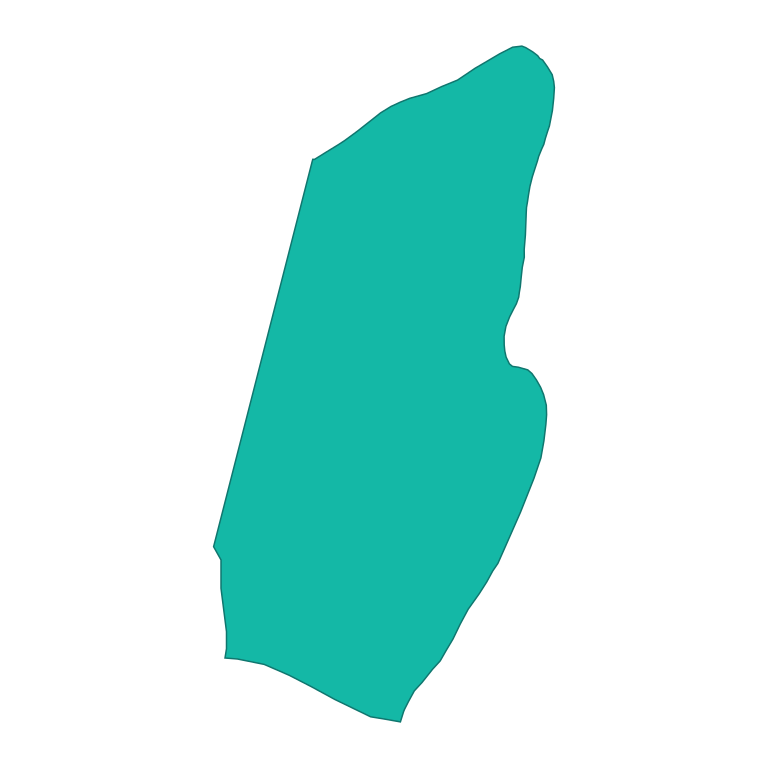 Joyeux, Vieux Fort, Saint Lucia (Mercator projection)
{"feature_id": "8701671B17958091241974", "entity_name": "Joyeux", "entity_type": "district", "adm_level": 2, "iso_a3": "LCA", "parent_name": "Saint Lucia", "parent_adm1": "Vieux Fort", "projection": "mercator", "projection_center": [-60.96, 13.783], "detail": "fine", "context": "isolated", "style": "filled", "palette": "teal", "viewbox_px": 768, "rotation_deg": 0, "n_neighbors": 0, "source": "geoboundaries", "source_scale": "gbopen_adm2", "svg_char_len": 1432}
<svg xmlns="http://www.w3.org/2000/svg" viewBox="0 0 768 768"><path d="M225.0,658.0L237.4,659.0L264.2,664.4L289.0,675.2L311.2,686.6L334.7,699.4L370.6,716.8L383.0,718.8L400.4,721.9L403.6,711.6L404.5,709.4L408.4,701.7L414.3,690.9L422.1,682.4L432.6,669.2L440.2,660.9L446.2,650.4L453.0,639.0L460.2,624.1L468.2,609.2L479.1,593.9L486.7,582.0L492.7,571.0L497.9,563.4L506.0,545.1L520.5,512.2L534.0,478.2L540.9,457.9L543.9,440.9L545.9,424.2L546.6,414.8L546.3,405.2L543.6,394.6L540.6,387.3L536.4,379.9L532.0,373.6L527.8,369.9L518.3,367.2L512.5,366.4L509.4,363.9L506.1,357.1L504.8,351.1L504.2,344.8L504.1,336.3L505.9,326.4L509.6,316.9L513.6,309.0L516.4,303.7L518.7,297.2L519.4,291.9L520.3,286.7L521.2,277.3L522.3,267.3L524.3,257.2L524.2,249.6L525.4,235.0L526.1,216.5L526.2,213.5L526.5,207.5L527.5,201.7L528.4,195.5L529.9,186.5L532.3,176.9L535.0,168.4L537.3,161.4L538.7,156.3L541.8,148.7L543.8,144.4L545.4,138.3L547.6,131.3L549.4,126.0L552.4,110.6L553.7,98.5L554.4,87.6L553.7,81.3L552.2,74.7L547.4,66.8L542.6,60.0L539.7,58.5L537.7,55.7L532.9,52.0L525.7,47.6L521.9,46.1L512.6,47.2L499.7,53.8L484.6,62.7L475.0,68.3L465.1,75.0L457.5,80.1L441.6,86.6L426.6,93.6L409.8,98.3L400.4,102.1L391.1,106.4L380.7,112.8L368.8,122.2L357.5,131.1L344.6,140.6L338.0,144.9L331.3,149.0L326.4,152.0L314.5,159.4L312.8,159.3L312.1,161.8L213.6,546.7L221.0,559.9L221.0,588.3L226.5,631.7L226.5,648.7L225.0,658.0Z" fill="#14b8a6" stroke="#0f766e" stroke-width="1.5"/></svg>